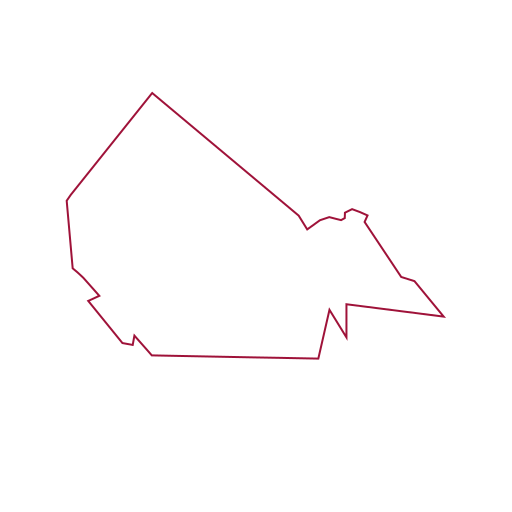 Masvingo Urban, Masvingo, Zimbabwe, rotated 287°
{"feature_id": "62879985B82265466456290", "entity_name": "Masvingo Urban", "entity_type": "district", "adm_level": 2, "iso_a3": "ZWE", "parent_name": "Zimbabwe", "parent_adm1": "Masvingo", "projection": "equal_earth", "projection_center": [30.834, -20.084], "detail": "fine", "context": "isolated", "style": "outline", "palette": "rose", "viewbox_px": 512, "rotation_deg": 287, "n_neighbors": 0, "source": "geoboundaries", "source_scale": "gbopen_adm2", "svg_char_len": 628}
<svg xmlns="http://www.w3.org/2000/svg" viewBox="0 0 512 512"><g transform="rotate(287 256 256)"><path d="M253.5,58.8L190.6,84.3L188.2,90.0L184.7,97.2L172.1,117.8L164.0,108.7L133.7,153.7L134.9,164.1L144.3,163.0L134.3,179.3L130.5,185.4L137.7,210.8L158.5,283.9L166.1,310.4L166.6,312.2L176.1,345.6L226.0,342.0L204.6,366.3L236.3,356.6L252.9,453.2L278.3,414.9L278.4,401.0L320.3,349.9L327.4,350.8L328.4,342.6L328.9,334.2L323.4,328.4L318.2,329.8L315.2,326.9L314.9,321.7L314.6,314.7L308.9,306.7L296.4,297.2L307.1,285.0L381.4,109.3L381.5,109.1L381.1,108.9L260.4,61.0L253.5,58.8Z" fill="none" stroke="#9f1239" stroke-width="2"/></g></svg>